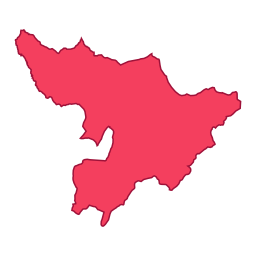 the district of Lundazi, Eastern, Zambia
{"feature_id": "96606910B63463932820005", "entity_name": "Lundazi", "entity_type": "district", "adm_level": 2, "iso_a3": "ZMB", "parent_name": "Zambia", "parent_adm1": "Eastern", "projection": "natural_earth1", "projection_center": [33.083, -12.415], "detail": "fine", "context": "isolated", "style": "filled", "palette": "rose", "viewbox_px": 256, "rotation_deg": 0, "n_neighbors": 0, "source": "geoboundaries", "source_scale": "gbopen_adm2", "svg_char_len": 5593}
<svg xmlns="http://www.w3.org/2000/svg" viewBox="0 0 256 256"><path d="M15.6,39.7L15.4,40.1L15.9,41.3L16.0,42.8L15.8,43.1L16.1,44.0L16.1,44.9L16.2,45.1L17.1,45.5L17.3,47.6L17.6,48.1L17.7,49.2L18.3,50.3L18.1,50.6L18.1,51.3L18.5,52.2L18.4,52.7L18.6,52.9L18.5,53.2L19.3,54.2L20.6,54.3L20.9,55.3L21.4,54.8L21.4,55.6L22.4,55.3L23.0,55.7L23.3,56.2L23.9,56.6L24.3,57.6L25.0,58.2L26.0,60.8L26.5,61.2L26.5,61.9L27.0,62.2L26.9,62.7L27.2,62.8L27.0,63.6L27.3,63.8L27.2,64.6L27.9,65.8L28.3,66.0L28.6,67.3L30.1,68.6L31.1,69.7L31.0,70.2L31.2,71.1L31.1,71.4L30.9,71.5L30.8,73.2L31.8,74.5L31.6,74.7L31.8,75.2L31.7,75.4L32.3,75.7L31.8,76.2L32.2,76.4L32.5,77.0L32.6,77.5L32.4,77.9L32.8,77.9L33.6,80.5L34.2,80.7L34.4,81.1L35.1,81.0L35.8,81.4L35.9,81.7L35.9,83.8L35.5,84.2L35.6,85.3L35.8,85.5L36.1,85.3L36.9,86.3L37.1,87.7L38.4,89.0L38.3,89.5L39.4,91.3L40.2,91.1L41.3,91.7L42.5,92.6L42.6,93.0L43.3,93.4L44.7,94.6L45.7,96.1L45.8,97.2L46.1,97.7L47.4,98.2L48.1,98.1L48.9,97.5L49.2,97.0L49.6,97.0L49.8,96.7L50.5,96.8L51.7,97.5L52.9,100.5L54.4,102.5L55.6,103.3L56.0,104.2L56.4,104.6L58.5,104.1L59.4,104.3L60.1,104.7L61.0,106.2L61.4,106.5L63.4,105.2L65.6,105.4L66.4,104.7L68.3,104.5L69.0,104.0L70.4,103.9L71.2,104.2L76.1,103.5L78.0,104.5L79.0,104.2L83.9,109.2L85.0,111.6L85.9,117.2L85.5,119.0L83.6,122.8L82.8,126.1L82.8,126.5L86.1,131.2L83.1,135.3L80.3,138.3L81.0,138.6L83.1,138.6L85.1,138.1L87.8,138.1L88.5,137.9L93.5,139.9L95.8,142.2L96.9,144.8L97.1,145.7L97.9,145.1L98.0,144.4L100.5,140.3L101.4,139.1L102.3,136.1L104.4,131.3L107.3,127.4L109.2,126.0L108.9,126.4L108.9,126.8L109.7,126.8L109.6,127.4L109.9,127.8L111.0,128.3L113.2,130.4L113.7,132.0L113.5,132.7L113.6,133.3L112.5,137.2L113.1,139.2L113.0,142.7L111.9,147.1L110.8,148.9L110.1,151.3L109.0,153.8L109.0,154.8L108.8,154.9L108.0,157.1L106.8,158.5L106.1,160.3L105.0,160.9L104.0,160.7L90.4,159.8L87.2,159.3L84.8,159.6L83.4,160.2L82.7,161.2L82.8,162.3L82.3,163.1L81.5,163.9L78.9,164.6L76.5,165.7L75.3,166.0L74.4,167.0L73.3,170.3L73.1,174.1L73.3,175.8L73.0,177.9L73.1,179.9L74.0,182.9L76.2,187.4L76.4,187.4L77.0,188.2L77.1,188.9L76.1,192.9L74.9,195.2L75.0,199.4L74.7,200.3L75.7,203.0L75.7,203.7L72.9,204.2L73.3,206.0L72.3,207.9L71.9,210.4L73.7,211.0L75.8,213.0L77.5,214.0L78.8,214.3L79.6,213.6L79.9,212.7L82.8,209.2L83.8,208.9L85.8,208.9L86.5,208.6L87.4,207.8L89.3,205.2L93.3,206.5L95.4,206.8L96.2,207.5L97.8,209.6L99.0,209.9L104.0,212.1L102.1,219.3L101.3,221.3L101.1,224.2L101.4,225.2L102.2,226.0L103.1,226.1L104.1,225.5L105.5,224.1L108.5,219.8L110.0,213.9L111.2,211.2L113.8,209.3L116.3,207.7L117.3,206.7L119.2,205.8L119.8,205.1L120.4,204.8L121.2,204.5L123.4,204.8L123.8,204.3L124.1,202.4L124.7,200.5L126.8,199.0L127.2,198.5L127.8,196.7L131.1,191.6L132.3,190.1L133.6,189.2L134.6,188.1L134.7,187.4L134.5,184.8L134.8,183.1L135.4,182.4L136.8,181.5L137.6,181.0L138.7,180.8L141.1,181.5L143.7,179.5L148.2,178.3L151.7,177.6L153.4,176.2L154.5,175.9L156.3,177.0L157.4,179.0L158.4,179.5L159.0,180.5L159.4,183.5L159.8,183.9L161.1,184.3L165.6,184.5L166.4,184.8L169.0,187.4L169.7,189.0L169.4,189.7L170.4,190.1L171.9,190.2L173.3,188.6L176.7,186.2L178.8,183.8L180.3,180.4L181.7,180.0L182.3,179.5L183.8,176.9L185.3,175.1L186.3,174.5L187.7,174.4L188.7,174.0L189.5,173.3L190.7,171.0L190.7,169.0L189.9,167.7L187.9,166.1L189.6,165.7L190.7,165.1L193.3,162.1L193.8,159.7L195.6,158.6L196.0,157.7L195.8,155.6L196.3,154.8L197.3,153.8L198.0,153.5L198.6,153.8L199.3,153.7L204.2,149.6L205.0,149.1L205.5,149.0L207.7,147.0L210.4,147.4L210.9,147.1L211.8,147.0L213.1,145.5L215.0,144.4L214.9,143.7L214.0,141.9L213.0,140.6L212.3,137.6L211.0,134.7L210.8,133.4L210.7,132.1L211.2,130.3L211.4,129.9L212.0,129.4L212.2,128.3L212.6,127.5L213.4,127.0L214.5,127.2L215.5,128.0L216.9,126.3L218.7,125.0L219.2,124.9L220.4,125.2L222.1,124.8L222.7,125.0L223.2,124.8L224.0,122.6L223.6,121.8L223.9,121.1L225.6,119.5L226.5,117.8L226.3,116.6L230.7,115.7L232.9,114.0L235.8,111.0L240.2,108.4L240.6,101.4L237.6,99.6L237.2,99.1L237.1,93.7L236.8,92.6L236.2,91.9L235.5,91.8L234.6,92.2L232.5,92.5L230.4,94.7L228.4,95.0L227.2,94.7L222.3,92.7L222.2,93.0L218.9,92.6L216.5,91.8L215.0,90.0L214.2,87.7L212.4,87.4L209.6,88.6L208.7,89.4L207.9,89.5L206.2,88.8L204.1,89.8L200.4,92.7L198.1,93.4L196.0,95.0L194.0,95.4L190.4,95.6L186.8,94.0L185.0,95.1L181.6,95.6L179.3,94.8L175.4,91.7L173.8,89.9L171.4,87.1L168.2,82.2L166.5,77.3L166.5,76.3L164.7,75.0L160.9,69.4L160.0,65.2L159.3,60.2L158.8,59.2L157.3,59.0L154.6,57.1L152.8,56.4L152.4,56.1L151.8,55.0L151.8,53.7L150.5,54.4L147.5,56.8L144.1,58.4L140.6,58.9L139.2,59.5L128.4,61.5L120.6,65.0L117.5,62.3L116.5,61.0L115.2,60.2L111.6,59.7L110.6,59.1L107.2,57.6L105.5,57.9L104.0,57.5L102.2,55.8L101.9,55.2L101.5,54.9L98.3,55.1L97.2,55.9L95.9,55.7L95.0,55.9L94.8,55.6L94.1,55.6L93.9,54.7L94.1,53.9L94.0,52.2L93.1,52.2L92.2,51.7L91.7,51.1L90.8,50.9L90.5,50.4L89.9,49.9L89.6,48.8L89.0,47.9L88.4,47.8L88.1,47.3L87.5,47.1L86.8,46.4L86.4,46.7L84.9,45.6L84.7,45.0L84.0,44.3L83.8,43.8L83.3,41.7L82.8,41.0L81.4,38.4L81.1,39.6L80.4,40.2L80.4,41.0L80.0,41.9L79.3,42.7L78.9,42.7L78.2,43.7L77.9,44.6L75.9,45.8L75.8,46.1L74.4,48.0L70.8,49.1L69.6,49.2L66.7,49.2L66.1,48.4L64.9,48.1L64.0,48.5L63.7,48.3L62.2,49.6L60.7,50.4L58.9,53.1L58.3,53.4L57.1,52.8L55.4,51.0L52.3,48.7L51.5,48.8L51.0,49.1L49.4,49.2L46.3,47.1L45.3,46.9L42.7,45.5L41.9,45.3L41.1,44.8L40.4,44.3L40.4,43.4L39.8,41.9L38.5,41.2L38.2,41.2L37.5,40.5L34.9,37.6L33.9,35.8L33.2,35.1L32.9,34.8L29.2,34.4L29.2,34.2L28.6,34.4L27.8,33.0L26.3,32.6L24.9,31.8L25.0,31.3L24.5,31.1L24.5,30.8L24.2,30.7L23.9,29.9L22.5,30.5L21.0,30.3L20.7,31.6L20.7,33.4L19.4,36.0L18.8,36.8L17.6,37.6L17.0,39.2L15.6,39.7Z" fill="#f43f5e" stroke="#9f1239" stroke-width="1.5"/></svg>